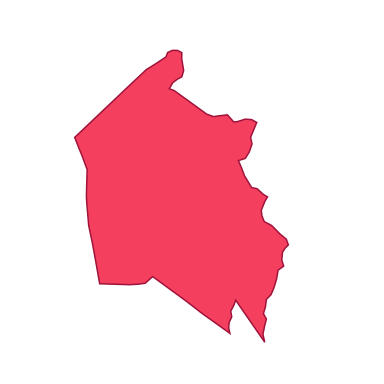 Santana do Mundaú, Alagoas, Brazil, rotated 115°
{"feature_id": "56859067B55013789600904", "entity_name": "Santana do Mundaú", "entity_type": "district", "adm_level": 2, "iso_a3": "BRA", "parent_name": "Brazil", "parent_adm1": "Alagoas", "projection": "albers", "projection_center": [-36.203, -9.124], "detail": "fine", "context": "isolated", "style": "filled", "palette": "rose", "viewbox_px": 384, "rotation_deg": 115, "n_neighbors": 0, "source": "geoboundaries", "source_scale": "gbopen_adm2", "svg_char_len": 1137}
<svg xmlns="http://www.w3.org/2000/svg" viewBox="0 0 384 384"><g transform="rotate(115 192 192)"><path d="M70.0,260.1L69.8,265.0L71.9,269.6L75.8,273.0L80.6,272.7L91.6,279.4L100.3,285.1L123.3,294.3L192.1,321.4L201.5,311.5L205.4,307.2L216.0,296.5L237.1,287.4L240.9,285.7L246.7,282.6L266.0,271.5L280.0,261.0L294.9,250.4L314.2,236.9L302.4,209.4L298.3,201.8L294.5,195.9L285.3,191.9L293.3,151.4L297.8,131.6L304.1,97.9L299.7,101.3L294.5,103.2L288.4,103.2L283.7,106.5L276.5,106.2L271.6,106.7L297.4,62.6L290.9,67.6L283.0,69.5L275.7,70.9L272.0,75.9L265.5,76.8L257.8,79.2L251.7,77.0L244.6,77.2L235.4,78.5L226.5,80.9L220.4,77.6L215.7,81.9L208.3,84.5L203.8,83.9L199.2,82.3L194.9,86.6L192.9,94.4L188.7,105.6L188.3,114.0L184.0,118.6L179.2,121.5L169.6,122.0L164.5,121.5L164.1,126.1L161.5,134.4L162.8,139.8L155.0,151.4L149.7,156.8L143.9,163.2L139.0,157.9L131.5,157.0L123.1,157.9L117.7,162.0L101.6,162.7L101.2,168.6L103.5,174.6L108.8,180.3L110.9,183.7L107.1,192.5L111.4,199.5L114.6,204.4L115.2,211.7L107.6,251.0L108.0,256.2L101.0,255.6L96.1,253.0L91.9,249.9L85.4,250.9L75.5,257.7L70.0,260.1Z" fill="#f43f5e" stroke="#9f1239" stroke-width="1.5"/></g></svg>